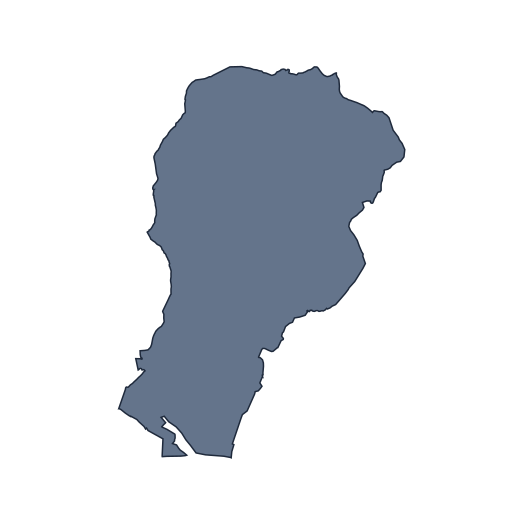 Budila, Brasov, Romania, rotated 256°
{"feature_id": "2599482B80060958139020", "entity_name": "Budila", "entity_type": "district", "adm_level": 2, "iso_a3": "ROU", "parent_name": "Romania", "parent_adm1": "Brasov", "projection": "mercator", "projection_center": [25.874, 45.646], "detail": "fine", "context": "isolated", "style": "filled", "palette": "slate", "viewbox_px": 512, "rotation_deg": 256, "n_neighbors": 0, "source": "geoboundaries", "source_scale": "gbopen_adm2", "svg_char_len": 6121}
<svg xmlns="http://www.w3.org/2000/svg" viewBox="0 0 512 512"><g transform="rotate(256 256 256)"><path d="M439.9,236.1L438.3,233.7L436.9,231.9L435.1,230.2L433.0,228.5L430.8,227.9L428.0,226.1L425.3,225.0L425.0,225.0L424.8,225.3L424.3,225.2L422.8,224.6L421.0,223.7L413.9,222.5L412.7,222.2L412.1,221.9L411.7,220.7L410.7,219.0L408.0,216.9L407.4,216.2L407.0,215.3L406.4,214.3L405.5,213.4L404.9,212.4L404.2,210.5L401.7,209.4L401.2,209.0L401.0,207.9L400.7,207.2L398.6,203.5L396.6,201.0L394.9,199.6L394.4,199.0L392.8,196.6L391.9,194.8L391.6,194.3L389.8,193.0L386.7,190.1L384.7,188.9L383.2,187.3L382.3,186.6L381.8,185.4L379.7,182.8L378.8,182.4L377.9,181.5L376.8,180.9L375.6,180.7L369.8,180.5L359.8,179.4L355.1,179.7L353.4,178.9L351.7,177.1L348.8,173.2L348.5,173.1L347.1,172.3L345.9,172.1L345.3,172.4L345.2,172.9L345.1,172.7L343.6,172.4L340.7,171.2L339.8,171.1L339.8,171.3L339.7,171.3L339.1,171.5L337.5,171.1L331.1,171.0L329.7,170.6L327.2,170.6L324.6,170.4L320.6,169.3L319.9,169.3L319.4,168.8L316.5,166.9L314.3,166.1L313.0,165.9L312.1,165.1L311.3,164.0L311.0,163.8L308.9,161.9L307.8,160.7L307.1,159.4L307.0,158.6L306.3,158.3L306.0,157.8L305.7,156.6L305.5,156.2L299.6,157.8L297.8,158.0L295.3,160.0L294.1,161.2L291.4,162.8L290.4,163.8L289.6,164.9L287.9,166.1L286.4,166.4L284.8,166.5L283.8,167.2L283.3,167.4L281.3,167.6L281.0,167.7L280.5,168.4L279.1,168.9L277.6,169.0L276.6,169.2L276.0,169.5L273.4,169.8L272.5,170.3L271.4,170.2L269.4,170.4L269.2,170.3L268.9,169.9L268.5,169.7L267.0,169.5L266.3,169.8L262.3,170.0L261.4,169.9L259.7,169.3L256.3,168.5L253.6,167.4L252.5,167.1L248.8,166.8L246.6,166.4L244.5,165.5L239.5,164.3L238.8,163.4L237.0,161.9L234.7,160.1L225.4,152.4L224.7,152.0L221.7,152.5L218.1,151.5L214.5,151.0L213.3,150.0L210.7,147.3L210.4,146.7L210.1,145.5L209.6,144.4L208.9,143.0L208.4,142.5L208.0,141.5L206.7,140.1L205.8,139.4L205.2,138.8L203.6,137.5L201.3,136.0L195.6,133.4L193.1,131.7L192.4,130.7L191.1,128.6L191.1,127.8L191.3,125.2L192.1,120.6L188.2,119.8L185.7,119.7L184.5,120.6L184.2,120.7L183.6,120.5L183.5,120.2L183.9,119.7L184.5,118.3L185.5,114.5L173.9,114.1L174.1,114.7L174.7,115.6L174.8,116.1L174.9,116.6L174.7,117.1L174.4,117.5L174.0,117.7L173.0,117.8L172.9,118.7L172.9,119.6L172.6,119.9L171.8,120.4L171.4,120.5L170.6,118.9L169.1,117.1L167.6,114.7L166.6,112.7L165.3,110.7L163.4,107.2L162.2,105.3L161.4,103.1L161.0,102.4L159.7,100.5L159.6,100.0L160.2,98.7L160.1,98.2L159.4,97.5L158.3,97.1L141.1,85.9L141.1,86.1L139.7,87.8L135.3,91.1L131.8,94.2L130.5,95.6L130.8,95.8L130.0,96.7L126.1,100.9L123.4,102.3L117.7,106.1L114.8,107.0L115.5,108.2L113.7,108.7L112.8,109.0L112.4,109.4L101.1,121.5L84.5,116.5L84.0,116.5L83.2,121.0L80.0,134.8L79.5,138.3L79.4,139.6L79.5,140.6L82.9,138.2L86.0,135.5L88.3,134.4L91.9,133.2L94.2,129.6L96.3,132.3L97.2,132.4L98.8,133.4L99.5,133.6L102.1,134.2L102.9,134.1L109.4,127.6L112.2,124.1L112.8,123.4L113.1,123.3L114.7,125.6L115.4,126.9L116.1,128.0L122.4,124.9L122.7,128.2L116.3,131.2L109.5,137.2L102.1,141.1L94.6,143.5L88.3,146.5L79.4,150.2L75.3,158.9L69.5,176.4L66.7,182.5L66.2,183.1L72.1,185.2L78.3,188.9L79.4,187.6L101.7,201.9L105.4,204.4L107.8,209.9L122.3,221.2L124.6,222.4L124.6,225.6L126.4,228.2L128.2,230.3L131.9,229.0L136.9,232.7L136.6,233.2L138.8,233.2L139.0,233.3L139.0,234.1L140.8,234.4L147.2,236.6L150.5,237.3L153.6,237.2L155.3,236.2L156.5,235.3L156.8,234.2L157.3,234.0L163.2,238.5L163.3,238.6L163.7,238.7L164.7,240.2L164.1,242.2L161.6,245.2L159.6,247.9L159.4,249.5L161.8,254.4L161.8,255.0L167.8,259.9L168.4,262.2L169.4,262.6L172.0,261.4L175.1,263.1L175.7,264.3L180.4,267.6L182.5,272.1L182.9,275.4L186.6,278.3L186.2,283.6L186.6,289.4L189.3,292.4L190.0,292.1L190.5,292.2L190.7,292.9L189.2,294.1L189.2,294.6L190.2,295.4L190.0,296.7L189.9,297.0L189.5,297.0L188.6,298.0L188.1,299.6L188.5,301.1L188.1,302.6L187.1,303.6L186.9,304.7L187.0,306.9L186.4,307.8L187.0,310.3L188.1,311.8L187.3,312.5L187.8,315.5L188.9,317.7L189.6,321.5L197.9,333.3L201.1,337.3L202.6,338.6L207.4,345.7L218.2,356.8L222.2,360.3L230.0,359.6L232.0,360.4L234.4,359.6L240.6,358.6L246.7,358.0L252.9,356.1L257.8,353.9L262.3,353.2L265.9,354.9L266.9,356.2L268.6,357.5L269.7,359.7L271.2,363.8L272.8,366.3L274.8,370.4L277.0,372.5L282.2,372.2L282.6,376.9L281.6,380.2L280.1,380.1L279.3,380.8L279.1,381.9L280.1,382.9L283.2,384.9L284.0,386.0L288.2,389.5L288.4,390.5L288.3,392.0L289.5,393.3L294.8,394.6L297.0,395.5L298.7,396.7L301.4,397.8L302.4,398.1L304.9,399.9L306.2,400.7L308.0,401.0L308.3,401.3L308.3,404.9L309.1,407.6L311.0,409.9L313.0,415.2L312.8,419.0L316.3,423.5L323.3,426.1L329.9,425.0L334.0,423.2L337.0,422.8L344.8,419.5L357.9,418.5L361.0,416.9L363.4,414.7L365.3,413.6L365.6,413.3L365.9,411.6L366.4,410.1L368.3,406.0L368.3,405.6L368.1,405.2L367.1,403.7L367.9,403.3L372.5,400.0L375.5,397.4L380.5,390.9L382.1,388.4L383.9,385.7L385.4,383.2L386.9,381.9L387.3,381.0L388.4,379.6L389.5,378.7L393.8,377.1L395.3,376.9L397.5,377.1L400.4,378.0L406.5,379.0L408.0,378.9L409.2,378.4L410.5,378.0L413.4,377.8L413.9,378.3L414.1,378.3L414.3,378.1L414.1,376.9L414.1,376.3L413.8,375.4L413.5,375.0L413.6,374.4L413.5,374.2L413.0,373.5L413.1,372.8L412.7,371.4L412.8,369.0L412.9,368.4L413.3,367.7L414.8,365.8L415.6,365.2L416.8,364.4L420.4,362.8L423.4,361.7L424.7,360.8L424.9,359.8L425.3,358.9L425.3,358.2L424.9,357.1L424.3,356.4L423.6,353.9L423.7,352.4L423.6,351.3L423.2,350.1L422.7,348.2L422.6,346.8L422.4,346.3L422.3,345.7L422.7,343.2L423.1,341.8L423.1,341.4L422.9,340.9L422.2,340.0L422.0,339.4L422.1,338.8L422.5,338.0L423.3,336.8L424.1,335.1L424.4,333.8L425.1,333.2L425.2,332.5L425.5,332.3L425.9,332.2L426.6,332.4L427.1,332.9L428.1,333.2L428.6,333.2L428.8,333.1L429.1,332.5L429.4,332.2L429.0,331.6L429.0,330.6L428.8,329.8L430.0,329.3L430.7,327.9L430.8,327.1L430.8,325.4L430.2,324.9L430.1,324.5L429.5,322.0L429.6,321.1L428.1,319.1L427.8,318.8L427.5,317.0L427.4,315.1L427.8,314.4L429.9,311.6L430.8,310.4L431.5,308.9L431.9,307.8L432.3,307.3L434.0,306.3L435.0,303.8L436.4,301.8L437.5,298.8L439.4,296.0L440.1,294.7L440.9,292.5L443.2,288.1L445.8,276.5L441.7,258.2L440.9,255.9L440.9,255.4L441.2,254.1L440.7,251.5L440.4,249.1L440.8,244.7L441.1,242.4L441.3,240.0L440.4,237.8L439.9,236.1Z" fill="#64748b" stroke="#1e293b" stroke-width="1.5"/></g></svg>